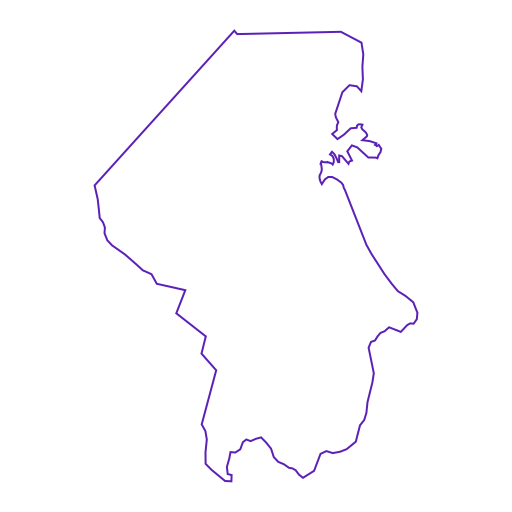 map outline of Mwanza (Equal Earth projection)
{"feature_id": "TZA-3357", "entity_name": "Mwanza", "entity_type": "Region", "adm_level": 1, "iso_a3": "TZA", "parent_name": "United Republic of Tanzania", "parent_adm1": "", "projection": "equal_earth", "projection_center": [33.157, -2.458], "detail": "fine", "context": "isolated", "style": "outline", "palette": "violet", "viewbox_px": 512, "rotation_deg": 0, "n_neighbors": 0, "source": "natural_earth", "source_scale": "10m", "svg_char_len": 2235}
<svg xmlns="http://www.w3.org/2000/svg" viewBox="0 0 512 512"><path d="M234.3,30.7L237.2,34.1L340.9,31.8L361.5,42.7L363.3,54.3L362.4,66.8L362.9,79.4L361.3,91.2L356.9,86.3L349.5,85.2L342.4,92.2L335.2,113.9L335.9,117.4L338.3,122.1L337.0,125.2L336.8,126.8L336.9,130.2L336.3,130.6L332.2,134.0L337.5,139.1L344.0,134.6L350.7,128.3L356.6,127.8L357.1,125.5L358.4,124.4L360.2,124.3L362.4,124.7L361.3,127.4L362.3,129.3L365.9,132.5L367.2,135.0L366.9,136.3L362.4,140.2L369.6,141.1L376.4,143.3L376.0,144.3L375.9,144.4L375.7,144.4L375.1,144.9L376.4,145.6L376.8,146.1L377.3,145.9L378.7,144.9L381.3,148.8L380.5,152.1L378.5,155.1L377.4,158.3L376.1,157.6L368.3,157.5L357.3,147.4L351.9,145.4L347.3,151.3L352.0,160.6L349.6,161.4L349.0,162.2L348.5,163.8L341.9,156.1L339.2,155.5L339.2,162.1L338.1,162.1L336.8,158.8L334.5,154.3L332.0,151.8L330.0,154.4L332.5,156.0L333.8,158.9L333.8,162.0L332.7,164.5L331.9,163.6L327.7,162.1L327.7,162.4L322.9,162.1L322.1,161.9L321.7,161.2L321.4,161.4L320.6,163.8L321.0,163.9L321.4,165.8L321.7,168.2L321.8,169.9L321.2,172.3L319.6,175.5L319.5,177.8L319.9,179.7L320.4,181.4L321.8,184.1L324.9,179.4L328.2,177.0L332.1,177.0L336.9,179.4L341.3,182.6L343.1,185.0L343.8,187.9L344.9,189.9L366.4,244.8L371.4,253.8L384.4,274.0L391.8,283.9L397.9,291.2L405.6,296.0L413.3,302.3L417.4,312.8L416.8,319.2L413.6,323.7L410.2,323.4L407.2,325.1L400.8,331.9L389.1,327.3L384.5,331.3L380.5,332.9L377.6,336.3L375.0,340.5L371.0,341.9L368.6,347.7L373.8,373.2L372.4,382.4L367.5,402.1L366.4,412.9L364.2,420.0L360.0,425.3L355.8,441.7L346.6,449.2L339.9,451.8L332.7,453.1L326.4,451.1L320.5,453.9L314.1,470.8L303.0,477.8L299.0,474.7L295.7,470.3L292.5,468.4L289.0,467.8L283.8,464.2L278.3,461.9L273.8,457.1L271.1,448.8L266.3,442.7L261.1,437.4L256.2,438.7L250.6,441.1L246.3,439.5L242.9,442.2L240.3,449.3L235.3,452.5L230.5,452.1L229.3,458.4L226.9,466.9L227.7,474.1L231.6,475.0L231.4,481.3L225.1,481.0L211.6,469.9L205.6,463.8L205.5,452.2L206.8,439.5L205.4,431.1L201.7,424.4L216.2,370.3L201.5,353.6L205.8,336.4L176.3,313.3L185.3,290.2L156.8,283.8L151.5,274.2L142.8,270.3L135.9,264.0L124.9,254.4L112.1,245.4L107.3,240.3L104.5,233.2L104.9,227.5L103.0,222.3L99.7,218.0L99.0,210.8L97.7,199.1L94.6,185.4L234.3,30.7Z" fill="none" stroke="#5b21b6" stroke-width="2"/></svg>